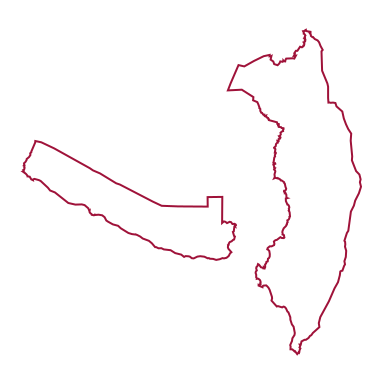 Sarangani, Sarangani, Philippines (Natural Earth projection)
{"feature_id": "2640588B5697622806390", "entity_name": "Sarangani", "entity_type": "district", "adm_level": 2, "iso_a3": "PHL", "parent_name": "Philippines", "parent_adm1": "Sarangani", "projection": "natural_earth1", "projection_center": [125.142, 6.055], "detail": "fine", "context": "isolated", "style": "outline", "palette": "rose", "viewbox_px": 384, "rotation_deg": 0, "n_neighbors": 0, "source": "geoboundaries", "source_scale": "gbopen_adm2", "svg_char_len": 5981}
<svg xmlns="http://www.w3.org/2000/svg" viewBox="0 0 384 384"><path d="M238.5,65.1L230.6,83.4L227.9,90.4L241.8,89.7L253.4,97.1L253.1,100.3L257.3,102.1L258.3,104.3L259.5,107.6L259.3,108.0L260.3,109.0L260.3,110.9L261.3,112.8L262.1,112.9L263.1,114.5L264.0,114.6L263.8,115.0L264.8,115.9L265.9,115.6L265.7,116.0L266.1,116.4L265.8,116.6L266.7,117.0L267.2,117.8L268.1,118.0L268.4,119.2L268.9,119.3L268.9,120.1L277.0,122.3L277.4,124.0L278.2,124.0L278.1,125.0L278.8,124.7L278.8,126.9L281.1,127.2L281.6,128.0L283.5,128.2L283.6,129.0L283.0,130.0L283.1,131.1L282.1,131.4L280.5,132.7L280.8,134.4L279.7,136.1L279.0,136.2L279.6,137.3L280.4,137.3L280.5,137.6L279.9,138.7L278.7,139.0L278.6,141.0L277.4,140.8L277.8,142.6L277.1,142.8L276.0,144.1L275.7,146.2L274.1,147.6L274.3,148.3L275.2,148.7L275.4,149.2L274.8,152.6L275.7,152.6L275.9,153.0L274.8,155.2L275.1,156.5L274.3,157.4L273.7,161.6L273.3,162.7L273.5,163.2L275.1,163.2L275.3,163.8L273.4,164.8L274.3,166.8L274.1,167.7L275.1,168.1L274.1,169.6L275.1,170.5L275.3,171.6L274.5,174.3L274.8,177.1L274.2,178.3L275.4,177.8L277.9,178.5L278.0,178.2L280.0,179.3L280.7,180.4L281.4,180.3L284.1,182.2L284.3,183.3L284.8,183.6L285.5,186.9L286.2,188.7L285.9,189.8L284.8,190.8L284.1,190.8L284.0,191.7L285.3,192.5L285.5,193.0L285.1,193.5L285.8,193.7L286.3,194.6L286.5,197.8L287.3,198.1L285.8,198.5L285.9,201.1L287.1,203.8L287.5,203.2L287.2,204.0L288.7,205.4L289.2,206.8L289.3,207.7L288.8,208.5L289.1,210.1L288.7,210.6L289.6,212.2L290.0,216.3L289.4,216.8L289.6,217.5L288.8,219.4L287.6,220.3L288.3,220.9L287.5,220.7L287.6,222.3L287.2,222.5L286.9,224.4L286.6,224.4L286.0,226.0L283.7,228.3L282.6,230.8L282.3,232.1L282.7,233.6L282.5,234.5L284.0,235.2L284.1,236.1L284.5,236.2L284.1,236.3L284.4,237.5L283.8,238.1L281.8,238.0L280.4,237.2L276.8,239.9L275.4,240.2L273.9,241.5L274.4,243.9L274.1,245.1L271.7,246.3L269.8,246.3L267.7,248.0L267.3,249.3L267.9,249.5L269.3,251.0L269.8,254.1L269.7,256.5L269.1,257.9L268.0,258.7L267.7,261.4L266.4,261.9L266.1,263.4L265.1,264.5L265.2,267.1L264.7,268.2L264.2,267.7L264.3,268.4L263.2,268.4L262.8,267.7L261.0,267.3L259.0,264.7L258.0,264.1L257.3,266.3L256.4,267.1L256.2,268.4L256.8,270.5L255.9,271.4L255.6,272.9L256.2,274.7L256.2,277.4L257.0,278.4L256.9,278.8L257.9,278.6L258.7,279.0L259.9,280.0L260.5,281.3L260.6,282.6L260.3,282.9L260.6,284.0L260.0,284.2L259.8,285.3L258.6,284.8L258.6,285.6L262.5,287.2L262.6,286.2L263.5,285.6L266.2,285.4L267.0,286.1L268.4,287.6L269.6,289.8L271.9,296.7L272.1,298.4L271.5,300.6L276.8,306.5L277.9,306.1L282.2,307.4L283.4,306.6L284.6,306.9L286.0,308.4L287.4,311.5L288.4,312.3L290.3,317.2L290.4,319.8L291.9,324.4L293.6,326.7L294.8,333.0L294.5,335.0L292.4,338.3L292.0,341.0L290.2,345.1L290.6,346.5L290.5,349.3L292.4,349.4L294.2,351.1L294.3,350.8L294.9,351.0L297.2,354.1L298.1,353.0L298.9,353.1L298.9,352.0L299.3,352.0L299.6,350.1L300.4,348.4L299.5,347.5L300.3,345.7L299.7,344.5L300.8,344.5L301.5,341.4L304.5,339.8L305.9,339.8L308.5,338.0L310.0,335.9L311.3,335.2L312.9,332.9L319.4,327.1L318.8,323.1L320.3,317.1L328.9,301.3L334.5,288.4L338.0,282.2L339.8,275.4L340.3,271.5L341.2,270.9L342.4,270.7L344.1,265.9L345.0,264.4L344.4,261.2L345.8,257.0L346.2,250.8L345.0,246.7L345.3,244.4L345.1,241.8L344.4,240.8L346.9,233.0L348.3,230.8L350.9,211.6L353.9,205.6L355.2,200.6L358.9,193.3L361.0,186.7L359.9,182.2L360.6,179.3L359.4,174.5L356.1,171.1L351.9,160.3L352.2,156.4L350.7,140.7L351.2,133.6L348.2,129.0L346.0,124.3L343.8,118.4L342.3,111.5L336.5,106.4L335.4,103.0L333.0,102.6L330.6,102.8L328.4,102.1L328.5,103.6L328.1,97.9L328.1,86.7L327.4,83.5L322.1,70.7L321.5,51.3L322.7,49.9L320.5,45.9L319.1,42.3L317.6,40.4L314.7,39.0L313.1,37.1L312.5,37.2L310.9,35.9L310.8,34.7L310.0,33.5L310.5,33.5L310.5,31.8L306.9,31.2L305.8,30.5L305.8,29.9L305.2,30.2L305.0,30.9L303.1,31.2L303.8,32.7L303.7,33.7L304.4,34.0L305.4,35.5L304.8,36.6L305.0,37.3L304.1,38.2L304.8,38.8L304.8,39.4L305.2,39.0L305.4,39.7L305.2,41.0L304.8,41.0L304.6,42.0L303.6,42.3L304.4,43.8L304.0,45.5L303.3,45.6L303.2,46.4L301.9,47.3L300.1,46.7L297.4,50.8L295.9,50.8L294.3,53.2L294.9,53.8L293.8,55.9L295.9,55.6L294.3,58.6L292.8,58.3L286.2,58.6L285.5,59.8L285.2,61.4L283.9,61.2L283.4,60.6L283.4,61.1L282.9,61.2L282.6,61.8L280.3,61.4L279.4,63.4L277.6,65.2L274.2,64.1L273.3,61.5L270.6,59.6L271.4,56.1L270.9,56.4L270.3,56.1L269.6,56.3L269.7,54.9L263.7,56.2L253.9,61.0L244.3,66.4L238.5,65.1ZM235.9,225.1L235.8,224.6L234.6,223.8L232.4,224.0L231.1,222.2L229.7,221.8L227.0,223.1L225.4,221.8L223.9,221.4L222.1,223.0L222.3,196.9L207.6,197.1L207.7,206.6L178.1,206.4L161.7,205.8L152.8,201.6L119.8,184.5L116.2,183.3L100.0,173.4L93.0,170.4L89.8,168.2L54.2,148.4L41.3,142.3L35.3,141.0L35.2,142.5L31.3,151.6L31.3,152.3L30.2,153.3L30.4,155.0L29.0,157.1L26.7,159.0L26.5,160.2L25.4,162.0L24.0,163.3L24.3,164.5L23.8,165.5L24.5,165.7L24.2,167.3L24.6,167.8L24.2,169.3L23.4,169.9L23.8,170.2L23.2,171.2L23.6,171.6L23.0,171.7L26.0,173.9L27.7,176.0L27.6,176.4L29.7,176.7L31.3,179.4L33.0,180.2L32.9,179.5L34.4,178.9L38.9,180.1L40.7,181.0L47.9,187.7L50.1,190.5L54.9,192.4L68.3,203.0L75.4,204.6L81.8,204.4L84.6,205.1L88.3,208.3L89.4,211.0L89.6,210.8L89.5,211.9L90.3,213.2L91.5,214.0L91.7,214.8L93.9,215.3L94.7,214.6L95.2,214.7L95.1,215.0L98.6,214.7L102.2,215.3L104.6,217.2L106.3,220.5L107.9,221.6L112.9,224.4L118.1,225.8L120.8,228.3L128.4,233.0L132.0,234.1L136.0,234.6L136.1,235.0L136.1,234.6L137.2,235.0L140.3,236.6L142.7,238.5L148.9,240.8L151.9,243.3L155.1,247.1L156.1,247.1L158.5,248.3L161.4,248.2L163.8,249.4L170.6,250.2L175.2,253.1L181.2,254.6L184.1,256.9L185.6,256.1L188.5,256.3L189.8,256.6L191.8,258.2L193.7,258.4L197.4,256.6L200.2,256.2L204.4,256.7L207.7,258.3L208.9,258.1L209.8,258.7L213.1,258.9L216.2,259.9L219.8,259.2L222.5,258.1L224.0,258.4L226.5,257.8L228.7,256.0L230.1,253.3L231.4,252.2L228.5,248.9L227.9,247.5L228.0,245.7L228.4,245.2L228.2,244.9L228.7,244.6L228.8,243.5L229.7,242.1L231.6,241.3L233.1,239.9L234.1,239.5L234.9,236.5L234.1,236.0L232.9,231.9L233.8,231.3L234.4,226.3L234.7,225.9L235.2,226.3L235.0,225.4L235.9,225.1Z" fill="none" stroke="#9f1239" stroke-width="2"/></svg>